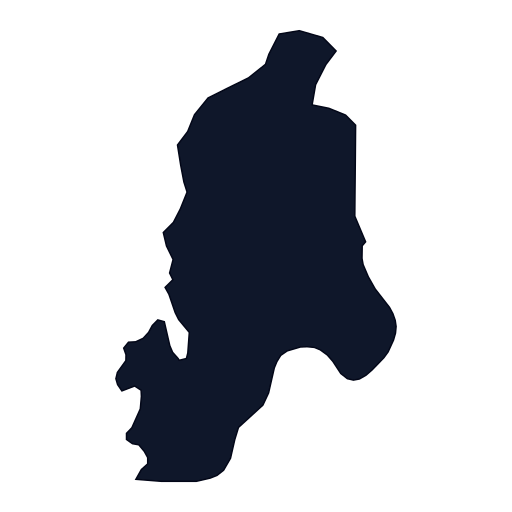 outline of Kumchon, Hwanghae-bukto, North Korea
{"feature_id": "82179303B1083832537536", "entity_name": "Kumchon", "entity_type": "district", "adm_level": 2, "iso_a3": "PRK", "parent_name": "North Korea", "parent_adm1": "Hwanghae-bukto", "projection": "robinson", "projection_center": [126.491, 38.201], "detail": "fine", "context": "isolated", "style": "filled", "palette": "ink", "viewbox_px": 512, "rotation_deg": 0, "n_neighbors": 0, "source": "geoboundaries", "source_scale": "gbopen_adm2", "svg_char_len": 1489}
<svg xmlns="http://www.w3.org/2000/svg" viewBox="0 0 512 512"><path d="M365.6,241.8L354.8,216.2L355.0,192.6L355.3,162.3L355.6,125.2L345.6,115.1L328.9,108.3L312.1,104.9L315.6,84.7L325.9,64.5L336.1,51.0L322.8,37.5L299.3,30.7L279.2,34.0L268.9,54.2L265.5,64.3L248.6,77.8L228.3,87.8L208.1,97.9L194.5,114.7L187.7,131.5L177.5,145.0L180.7,165.2L183.9,182.0L187.1,192.1L180.3,209.0L173.4,222.4L163.3,232.5L166.5,246.0L173.1,259.5L169.6,273.0L172.9,279.7L165.1,287.4L168.9,294.2L175.2,312.6L178.7,319.6L189.3,332.4L187.8,353.0L186.4,358.5L179.2,360.3L178.1,358.5L172.6,352.3L169.8,345.7L164.3,321.7L157.8,319.9L152.3,325.5L148.6,332.4L143.2,338.3L135.7,341.8L128.5,342.2L123.7,348.1L126.0,354.7L125.9,360.6L117.4,372.4L115.9,378.7L117.6,384.6L121.9,390.9L134.6,386.0L141.1,390.2L141.4,396.4L140.3,408.9L131.9,427.7L128.3,431.5L126.5,433.3L126.5,439.5L132.5,443.7L138.8,444.8L144.3,451.4L147.7,457.6L147.7,463.9L141.4,469.5L135.9,479.3L161.1,481.3L181.1,481.3L196.4,481.3L210.2,478.1L217.0,475.4L223.6,470.2L230.5,458.3L234.8,439.5L238.5,427.4L262.9,405.1L268.6,392.9L274.3,367.9L276.9,361.6L280.7,355.4L287.2,350.9L300.4,347.0L307.0,346.7L314.4,347.4L320.2,349.8L327.3,355.0L332.8,361.3L340.8,373.5L347.4,378.7L351.0,379.5L353.4,380.1L359.4,379.0L366.0,375.2L372.0,370.0L383.8,357.8L388.1,351.9L393.5,340.1L395.5,333.1L396.1,326.5L395.2,320.3L392.9,313.7L389.5,307.4L375.2,289.0L368.3,276.8L363.1,264.6L362.0,258.4L362.2,245.8L365.6,241.8Z" fill="#0f172a" stroke="#020617" stroke-width="1.5"/></svg>